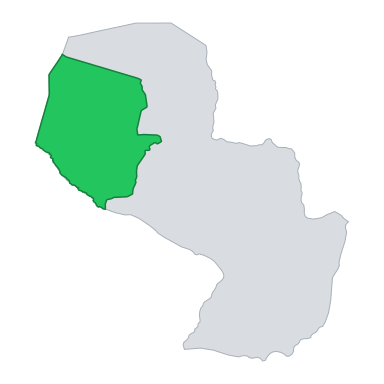 where Boquerón sits in Paraguay
{"feature_id": "PRY-598", "entity_name": "Boquerón", "entity_type": "Department", "adm_level": 1, "iso_a3": "PRY", "parent_name": "Paraguay", "parent_adm1": "", "projection": "albers", "projection_center": [-61.074, -21.97], "detail": "fine", "context": "in_parent", "style": "filled", "palette": "green", "viewbox_px": 384, "rotation_deg": 0, "n_neighbors": 0, "source": "natural_earth", "source_scale": "10m", "svg_char_len": 6637}
<svg xmlns="http://www.w3.org/2000/svg" viewBox="0 0 384 384"><path d="M206.1,59.3L206.8,62.3L207.3,64.6L208.5,66.2L209.8,68.4L211.0,69.6L211.8,71.7L211.5,73.9L212.0,76.9L212.6,79.5L213.2,80.2L215.0,80.9L215.8,83.2L215.1,84.4L215.4,85.7L216.0,87.0L215.4,88.3L215.7,89.3L216.9,90.2L217.9,93.4L217.9,99.0L216.6,101.9L215.6,104.3L215.3,105.8L216.0,107.9L214.7,110.5L213.1,113.5L213.5,115.7L213.7,117.7L213.7,119.9L214.1,121.9L213.5,124.0L213.0,125.9L212.7,128.0L213.3,130.5L212.1,132.7L211.5,134.3L211.2,135.9L212.2,138.5L215.1,139.7L217.3,140.0L219.5,138.7L221.1,138.3L224.1,139.6L226.7,141.8L230.2,142.1L233.3,142.6L235.7,143.4L239.2,142.6L242.8,143.5L247.0,144.9L250.4,146.0L253.9,145.8L256.5,145.8L259.3,144.7L261.9,144.9L264.0,142.8L265.1,140.9L266.2,139.6L269.1,138.6L271.0,139.3L272.5,142.9L275.3,145.0L276.4,146.5L278.5,147.3L283.1,147.5L286.0,147.5L289.2,148.7L291.3,148.8L293.1,150.7L294.7,153.0L294.8,157.2L296.3,160.5L298.4,161.8L299.5,163.8L299.0,166.7L297.9,169.4L297.9,172.5L298.9,175.4L298.8,178.2L299.5,181.1L300.9,183.5L301.2,187.5L300.9,190.3L301.8,191.9L302.1,194.2L301.4,196.1L301.1,198.6L301.1,200.9L301.8,202.8L303.9,205.3L304.4,209.6L304.2,212.6L305.1,216.1L306.9,217.8L309.8,218.5L313.2,219.1L317.4,218.5L321.2,217.7L323.3,216.8L327.4,214.4L331.1,213.1L333.0,212.2L334.7,211.6L338.2,213.4L341.4,215.6L343.9,218.5L348.5,221.8L347.6,222.5L345.6,225.0L345.5,227.9L346.6,232.2L345.0,241.2L340.7,254.8L338.9,262.8L339.4,265.1L337.9,269.0L332.5,277.4L332.0,283.2L330.7,300.6L328.5,312.9L325.3,321.8L322.6,326.5L320.2,327.0L318.5,328.4L317.4,330.7L315.5,332.5L312.7,333.9L311.1,335.6L310.8,337.4L308.1,338.5L303.1,338.8L300.1,340.2L299.2,342.5L297.4,344.4L294.9,345.7L293.6,348.0L293.6,351.2L292.1,354.0L289.1,356.2L286.4,356.2L283.9,353.9L280.6,352.3L276.4,351.4L272.9,351.9L270.0,353.6L267.5,356.4L265.2,360.4L262.7,361.0L260.2,358.2L256.8,357.3L252.7,358.2L249.5,357.8L247.1,355.9L243.4,355.6L238.4,356.9L228.3,355.0L213.1,350.1L200.3,348.1L184.4,349.4L183.1,344.6L184.0,342.1L186.6,340.2L188.3,338.0L189.0,335.5L190.8,333.7L193.7,332.4L195.0,331.1L194.5,329.8L195.2,328.6L196.9,327.6L197.9,326.0L198.1,323.9L198.8,322.8L199.9,322.0L200.1,320.5L199.5,315.8L199.7,311.9L200.5,308.9L201.5,307.1L202.2,306.7L202.9,305.6L203.2,303.8L204.3,302.1L209.4,298.8L211.4,296.9L211.6,295.2L212.4,292.9L215.6,288.0L216.5,285.6L216.7,284.5L217.8,283.3L221.5,280.6L223.5,278.0L223.9,275.6L223.1,272.8L221.1,269.6L214.7,261.7L209.7,258.0L203.2,255.0L198.9,253.9L196.8,254.9L194.8,254.1L192.7,251.4L189.2,249.3L181.6,246.9L164.6,237.5L157.8,233.0L155.5,230.3L149.2,225.3L138.7,218.2L130.6,214.7L125.0,214.9L115.9,212.8L103.5,208.5L96.3,204.3L94.4,200.3L89.8,196.2L82.5,192.2L78.7,189.5L78.4,188.2L76.2,186.6L72.2,184.5L67.7,181.0L62.9,176.1L57.6,168.4L52.0,158.0L46.0,151.0L39.6,147.4L36.4,145.0L36.4,143.8L35.5,142.7L36.3,140.7L38.5,132.7L41.8,121.1L45.2,109.2L49.2,95.1L49.1,85.1L49.0,74.6L54.9,65.9L59.0,59.8L62.6,53.9L66.2,43.9L68.6,37.2L78.0,35.6L94.0,32.1L101.9,30.4L118.7,26.8L135.8,23.1L153.7,23.1L171.0,23.0L184.3,31.5L194.4,38.0L205.6,45.2L206.3,46.7L207.0,52.6L206.1,59.3Z" fill="#d9dde1" stroke="#a8b0b8" stroke-width="1"/><path d="M49.7,154.0L49.5,153.9L49.4,153.6L49.4,153.2L49.3,152.9L49.2,152.8L49.0,152.6L48.5,152.5L47.2,152.3L46.9,152.3L46.2,152.0L43.5,150.2L42.9,149.5L42.6,148.9L42.3,148.7L40.8,148.2L40.3,148.0L39.4,146.8L38.7,146.3L37.9,146.0L37.4,146.0L36.9,145.8L36.5,145.6L36.2,145.2L36.2,144.9L36.5,144.5L36.6,144.1L36.4,143.6L36.6,143.6L36.4,143.2L36.2,143.0L35.9,142.8L35.5,142.7L36.3,140.7L37.3,136.8L38.3,133.2L39.9,127.7L41.2,123.0L42.9,117.1L44.2,112.8L45.5,108.1L46.8,103.5L48.0,99.3L49.2,95.1L49.3,92.4L49.2,86.5L49.1,82.6L49.1,79.0L49.0,75.3L49.3,74.2L50.7,72.1L51.5,70.9L52.3,69.7L54.0,67.2L55.7,64.7L57.4,62.3L59.0,59.8L59.7,58.8L60.3,57.8L60.9,56.9L61.6,55.9L62.0,54.8L62.3,54.3L62.8,54.7L66.4,57.0L137.5,78.2L140.2,79.4L141.2,80.1L140.4,83.3L140.4,83.5L140.6,83.9L141.3,85.0L141.8,85.8L142.0,86.3L142.2,87.3L142.2,87.7L142.2,88.0L142.1,89.1L142.1,89.4L142.2,89.7L143.0,91.1L145.0,94.0L145.2,94.4L145.5,95.2L147.0,105.7L147.0,106.1L147.0,106.4L146.9,106.7L146.8,106.9L146.8,107.1L146.6,107.2L146.4,107.4L142.6,109.7L142.0,110.1L141.4,110.7L141.2,111.1L141.0,111.5L137.5,126.8L137.0,128.4L136.9,128.9L136.9,129.3L137.5,133.0L137.5,134.3L137.6,134.7L137.9,134.8L141.4,134.8L143.5,134.5L157.1,135.1L158.2,135.5L160.0,136.6L161.3,140.7L161.4,141.2L161.3,141.5L160.7,142.0L158.4,143.4L157.5,143.8L157.3,143.8L157.0,143.7L156.7,143.6L156.4,143.3L156.1,143.0L155.8,142.8L155.4,142.6L154.9,142.7L154.3,142.9L150.5,145.2L149.9,145.7L149.6,146.1L149.4,146.6L149.3,146.8L149.3,147.2L149.3,147.5L149.4,147.8L149.9,148.8L149.9,149.1L149.9,149.4L149.6,149.9L149.2,150.2L148.6,150.3L146.4,150.3L145.8,150.4L145.3,150.6L145.0,151.0L145.0,151.4L145.2,153.3L145.2,153.5L145.1,154.1L144.9,154.6L137.5,165.4L137.2,166.2L137.0,166.9L137.0,167.9L136.9,168.5L136.6,169.7L136.5,170.2L136.6,172.3L136.5,174.1L136.8,176.0L136.7,176.7L136.5,177.6L135.4,180.3L135.5,180.6L135.5,180.9L135.8,181.6L135.9,182.1L135.8,182.7L135.4,183.9L133.7,187.4L133.2,188.8L132.9,190.4L132.5,194.0L132.2,194.2L128.4,196.2L127.6,196.6L126.3,196.8L114.2,197.4L113.7,197.5L113.2,197.7L112.0,198.4L110.7,198.9L108.0,199.4L107.5,199.5L106.9,199.9L106.5,200.2L106.3,200.6L106.1,202.0L105.9,202.5L105.4,203.3L105.3,203.6L105.3,203.9L105.4,209.1L104.4,209.1L103.6,209.0L102.5,208.4L101.3,207.3L99.9,206.7L98.5,207.1L97.3,206.3L97.0,206.0L96.4,205.1L96.2,204.8L96.1,204.3L95.7,203.4L95.1,202.7L94.1,202.1L93.5,201.0L93.1,200.7L93.5,200.0L93.6,199.1L93.5,198.2L93.0,197.9L92.4,197.7L91.8,197.2L91.3,196.6L90.8,196.2L90.6,196.2L89.8,196.2L89.6,196.2L89.2,196.0L88.5,195.2L88.2,195.1L87.4,194.9L87.0,194.3L86.8,193.7L86.5,193.1L84.1,192.1L83.2,192.0L82.7,191.9L82.3,191.6L81.9,191.2L81.3,190.8L80.7,190.6L80.0,190.4L79.2,190.4L78.9,190.2L78.5,189.2L77.9,188.8L77.9,188.4L78.1,188.0L78.3,187.6L77.6,187.6L77.2,187.5L76.9,187.3L75.0,185.4L74.4,185.1L72.7,185.1L72.2,185.0L71.8,184.8L71.3,184.1L70.7,183.7L70.2,183.5L69.8,183.2L69.6,182.5L69.6,181.7L69.4,181.2L69.2,180.8L68.8,180.4L68.4,180.0L67.6,179.5L67.1,179.1L66.3,177.9L66.0,177.6L61.8,175.1L60.4,173.6L59.9,172.8L59.9,172.6L59.8,172.4L60.0,171.5L59.9,171.1L59.5,170.5L58.8,169.0L58.2,168.2L57.4,167.3L57.1,166.9L56.9,166.4L56.4,166.1L56.1,165.8L56.0,165.7L55.8,165.6L55.6,165.2L55.5,164.9L55.4,164.6L54.3,163.4L54.1,163.0L53.9,162.6L53.7,162.2L53.2,162.1L53.0,161.9L53.5,160.9L52.7,160.4L52.8,159.9L53.0,159.0L52.8,158.6L52.7,158.5L52.0,158.4L51.1,158.0L50.6,157.6L50.5,157.1L51.1,156.4L51.3,155.7L51.0,155.0L50.1,154.0L49.9,153.9L49.7,154.0Z" fill="#22c55e" stroke="#15803d" stroke-width="1.5"/></svg>